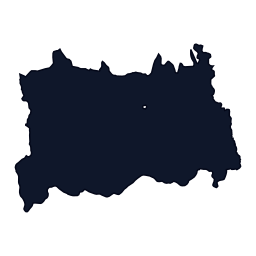 the district of Dilolo, Katanga, Democratic Republic of the Congo
{"feature_id": "63176286B33518015273847", "entity_name": "Dilolo", "entity_type": "district", "adm_level": 2, "iso_a3": "COD", "parent_name": "Democratic Republic of the Congo", "parent_adm1": "Katanga", "projection": "natural_earth1", "projection_center": [23.36, -10.539], "detail": "fine", "context": "isolated", "style": "filled", "palette": "ink", "viewbox_px": 256, "rotation_deg": 0, "n_neighbors": 0, "source": "geoboundaries", "source_scale": "gbopen_adm2", "svg_char_len": 5752}
<svg xmlns="http://www.w3.org/2000/svg" viewBox="0 0 256 256"><path d="M201.1,45.3L200.6,45.2L199.3,45.5L198.6,45.4L196.5,44.3L195.5,44.3L194.8,44.6L194.4,45.2L193.8,48.0L193.9,48.5L195.1,49.9L197.4,51.7L198.0,52.6L198.3,53.5L198.3,54.0L197.4,55.9L197.2,57.7L197.6,58.2L198.7,58.4L199.2,58.7L199.4,59.2L199.5,60.5L198.0,63.6L196.8,63.2L190.8,49.5L190.8,54.1L191.0,55.9L191.4,57.4L192.0,59.0L194.0,62.3L194.1,64.7L193.5,66.4L185.0,66.9L183.1,66.4L182.4,64.9L181.4,63.6L180.3,63.4L179.3,66.6L179.1,68.4L177.7,73.0L175.9,72.9L175.0,71.8L174.8,70.3L173.1,65.6L172.5,64.7L168.8,61.5L168.1,61.4L167.5,61.9L164.6,65.3L162.8,65.4L161.0,64.6L160.8,62.7L161.0,58.5L160.5,56.6L158.6,54.1L156.9,57.7L155.0,60.5L153.7,64.3L151.6,72.9L149.3,75.4L147.0,75.9L145.5,74.2L145.0,74.0L144.2,74.3L142.3,74.1L140.8,73.2L137.5,72.8L135.8,72.3L134.0,72.8L132.7,72.8L131.8,73.3L129.6,73.9L128.1,74.0L127.4,74.3L125.3,75.9L122.2,76.3L116.6,76.1L115.5,75.5L113.6,75.4L112.3,74.8L111.5,74.1L109.3,71.4L108.9,70.5L108.7,68.3L108.3,67.3L106.1,65.5L104.2,62.9L102.5,61.5L102.1,62.1L101.8,63.0L101.9,63.9L101.9,66.3L101.5,67.5L100.8,68.3L100.9,68.5L99.8,69.5L99.9,70.4L99.4,71.2L93.3,70.3L91.4,69.7L90.4,69.1L89.3,70.5L87.2,69.8L85.5,68.8L80.7,68.8L79.4,68.3L78.0,67.6L72.2,66.5L70.8,61.2L69.8,60.3L69.3,59.6L66.9,59.0L66.1,58.5L61.2,51.9L59.9,49.2L58.0,50.7L56.6,50.8L53.8,51.7L53.1,53.3L53.0,57.3L53.6,63.3L51.6,65.9L49.6,68.0L45.2,68.9L37.6,71.2L35.3,70.9L31.5,70.9L30.3,71.9L25.9,76.7L25.2,76.8L24.1,76.0L19.9,74.2L20.5,77.9L20.4,78.8L19.9,79.8L20.3,80.7L20.2,83.3L21.5,86.1L21.8,88.0L21.5,89.2L21.8,89.9L22.5,90.6L22.4,91.7L22.8,92.9L24.1,95.6L22.0,98.7L22.6,99.9L23.5,100.6L26.5,100.7L27.9,101.8L28.7,103.2L29.2,107.9L30.9,109.9L31.0,111.5L30.4,114.0L29.6,114.8L29.0,116.0L28.9,117.6L27.6,119.5L27.3,123.2L27.0,123.9L25.8,124.3L25.8,125.3L26.9,125.9L29.2,127.6L29.8,128.6L29.6,130.0L29.9,132.5L29.7,135.2L30.0,141.7L29.5,144.1L30.5,145.7L30.9,147.5L31.0,150.8L31.5,151.7L31.5,153.7L30.9,155.4L29.2,156.7L27.8,156.8L26.3,155.8L24.7,158.2L22.2,159.4L18.4,162.8L17.2,163.6L16.1,164.8L15.6,166.2L15.4,167.5L15.9,169.4L16.2,169.9L16.2,171.3L17.9,174.0L18.6,175.7L18.8,176.8L18.7,182.0L19.0,183.7L19.7,185.1L20.0,186.3L20.1,187.7L19.7,190.8L19.7,192.6L20.1,194.4L20.7,196.0L22.7,198.2L23.5,199.6L24.5,201.7L25.0,203.6L25.1,205.1L24.0,208.8L24.2,209.6L25.3,211.1L25.9,211.6L27.1,211.7L28.1,210.9L29.6,208.8L31.5,206.6L32.1,205.7L32.9,203.3L33.3,203.0L35.2,202.9L40.8,203.3L41.9,202.8L43.5,201.3L45.0,199.0L47.0,197.7L47.8,196.3L48.0,195.5L48.1,193.7L47.3,191.9L47.2,190.2L47.4,189.4L48.1,188.3L49.3,187.1L51.7,187.0L52.8,186.4L54.5,185.9L55.7,185.9L56.9,186.4L59.4,188.8L63.8,192.0L67.7,193.6L67.9,194.1L70.8,195.1L73.1,195.6L77.3,195.5L78.7,194.7L79.7,192.0L81.9,191.7L82.7,191.3L83.6,190.2L84.5,189.5L85.3,189.5L86.5,190.1L89.1,191.7L94.6,193.7L96.3,194.1L98.9,193.9L100.2,194.0L102.0,195.0L106.1,196.7L107.2,196.8L109.1,196.2L113.1,193.4L114.1,193.1L117.2,194.2L118.6,194.4L119.2,194.2L121.5,192.4L124.2,189.1L126.2,187.6L127.9,185.9L132.3,183.0L132.5,182.7L132.9,182.6L135.1,180.2L137.5,178.2L141.0,175.7L142.8,174.9L145.1,175.0L149.8,175.9L152.7,177.3L153.3,177.4L155.1,178.9L156.9,181.0L157.8,181.4L159.3,181.5L162.2,181.1L164.5,182.6L165.8,183.0L166.6,183.1L168.7,182.8L170.2,183.1L172.5,182.0L173.2,181.4L174.0,181.3L175.8,181.9L177.6,182.9L179.7,184.7L181.0,185.5L182.5,185.7L184.8,185.5L186.8,184.2L188.1,182.4L188.6,180.8L189.2,180.2L191.3,179.0L194.2,176.9L195.7,174.9L196.7,172.9L197.0,171.0L197.7,170.1L198.4,169.5L199.3,169.5L199.7,168.8L200.7,168.7L203.6,169.2L205.7,169.2L207.2,169.6L209.3,171.2L211.5,171.0L212.3,171.6L212.8,172.7L212.8,173.0L212.6,174.2L212.2,174.8L212.0,175.7L212.2,176.6L214.2,178.6L214.4,179.5L214.1,181.6L213.4,183.3L212.9,185.0L213.1,185.6L213.9,186.4L216.3,187.5L216.7,187.4L217.8,186.1L217.2,184.0L216.9,182.3L217.8,181.3L219.6,180.3L222.9,179.7L224.1,179.1L225.1,176.8L225.9,174.5L226.5,171.8L226.2,170.3L226.4,169.6L227.4,169.5L228.0,169.2L229.4,169.0L230.0,168.6L230.7,168.6L231.4,169.2L232.1,169.4L232.8,169.2L233.9,169.3L235.4,168.8L236.8,169.6L238.9,168.4L240.0,167.4L240.3,166.6L240.6,166.3L240.3,165.0L239.6,163.5L239.8,162.5L240.2,161.9L239.8,160.3L240.4,159.7L239.9,158.6L239.6,158.0L239.5,157.6L239.9,157.2L239.9,156.9L239.6,156.2L239.1,155.7L238.5,155.5L238.2,155.1L237.6,154.2L237.1,154.0L237.0,153.0L236.6,153.0L236.0,152.0L236.5,149.7L236.4,148.1L236.0,147.0L235.0,145.2L235.2,144.4L235.0,143.7L234.5,144.1L234.5,141.7L234.3,141.1L233.3,140.1L232.9,139.3L233.1,138.7L233.0,138.3L232.3,138.5L232.0,138.2L231.7,137.0L231.9,136.5L231.3,135.3L231.8,134.9L231.9,134.4L231.7,133.4L231.7,131.9L231.5,131.2L231.6,130.4L231.2,129.4L230.9,129.3L230.4,128.0L230.2,125.9L230.8,125.1L231.2,123.9L230.8,122.7L230.8,121.0L231.1,118.5L230.8,117.8L229.3,115.9L229.3,113.9L229.5,111.4L229.1,109.7L228.0,109.4L226.7,109.4L225.9,110.2L224.7,110.5L224.5,109.1L224.0,108.1L221.3,108.3L220.7,107.2L221.5,105.1L221.5,104.3L221.1,103.6L220.6,103.1L217.9,103.2L216.7,102.4L216.0,102.5L215.0,101.7L213.1,99.0L212.9,98.5L213.1,97.5L212.9,96.9L211.8,95.4L212.8,94.8L213.4,94.2L213.9,93.0L214.2,91.4L214.2,90.1L213.3,88.4L212.3,87.8L211.8,86.2L211.1,85.7L210.6,83.6L210.7,79.3L214.2,76.1L214.4,75.8L214.1,74.4L214.1,71.7L213.8,71.1L211.6,69.7L211.3,69.1L211.8,68.4L212.1,67.5L213.2,66.0L212.1,66.1L210.2,65.6L209.4,65.0L208.4,63.7L208.4,59.5L208.5,58.7L209.2,58.0L210.5,57.1L210.7,56.3L210.4,55.4L210.3,54.5L208.6,53.5L206.9,53.1L205.8,52.6L203.2,52.7L202.4,51.9L202.0,51.3L201.8,50.4L202.1,48.1L202.6,46.6L202.6,45.9L201.9,45.8L201.1,45.3ZM145.7,105.1L146.4,105.8L146.7,106.9L146.5,107.5L145.7,108.7L145.3,109.0L143.1,108.3L142.6,107.2L142.7,106.5L143.3,105.6L144.7,105.3L144.9,105.4L145.7,105.1Z" fill="#0f172a" stroke="#020617" stroke-width="1.5"/></svg>